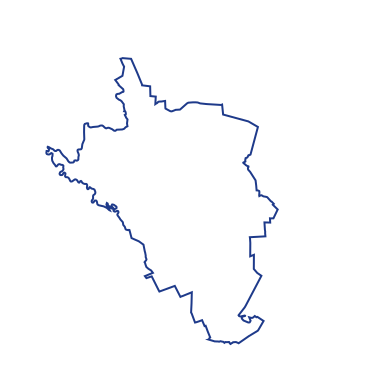 outline of Ciacova, Timis, Romania, rotated 46°
{"feature_id": "2599482B63643580680860", "entity_name": "Ciacova", "entity_type": "district", "adm_level": 2, "iso_a3": "ROU", "parent_name": "Romania", "parent_adm1": "Timis", "projection": "natural_earth1", "projection_center": [21.088, 45.537], "detail": "fine", "context": "isolated", "style": "outline", "palette": "blue", "viewbox_px": 384, "rotation_deg": 46, "n_neighbors": 0, "source": "geoboundaries", "source_scale": "gbopen_adm2", "svg_char_len": 5920}
<svg xmlns="http://www.w3.org/2000/svg" viewBox="0 0 384 384"><g transform="rotate(46 192 192)"><path d="M279.1,276.6L288.0,280.5L288.6,279.5L289.9,276.8L291.2,273.8L297.2,276.1L297.7,275.1L303.1,277.5L309.1,279.9L309.3,280.0L309.2,280.8L309.7,282.4L309.6,282.6L315.3,279.4L317.6,277.1L318.5,276.5L319.1,275.2L320.2,274.5L321.8,273.4L323.0,273.5L323.3,272.0L324.2,271.3L325.5,269.7L325.8,269.5L326.9,269.9L328.1,269.9L328.2,269.6L328.1,268.9L328.6,267.7L328.6,266.8L330.5,264.6L332.6,263.7L332.9,263.4L333.2,263.4L335.2,251.1L337.5,241.0L337.2,239.6L334.5,230.1L327.3,231.7L326.8,232.7L325.8,232.8L324.8,233.0L324.8,234.7L324.6,235.6L324.4,236.1L323.6,236.9L321.9,237.9L325.3,239.3L325.8,240.8L325.8,241.2L324.9,242.2L320.2,244.2L317.7,244.1L316.9,243.2L316.7,242.5L317.0,241.8L318.0,240.0L317.9,239.8L317.5,239.9L315.2,243.7L313.9,244.3L313.0,244.1L311.6,234.2L311.0,232.1L300.5,200.3L295.5,201.3L290.3,201.0L280.2,191.1L278.7,194.8L269.1,185.4L265.8,182.6L264.7,181.8L274.9,170.0L272.3,167.9L271.5,167.0L269.7,165.7L264.2,161.0L268.3,157.0L265.1,154.2L265.7,153.7L267.5,151.7L264.1,142.5L257.3,142.7L257.3,141.4L254.3,141.4L253.5,141.7L248.2,141.5L247.7,141.6L246.6,142.3L244.7,143.7L242.7,144.2L242.1,145.0L241.7,146.4L241.2,146.1L238.8,143.5L238.0,143.0L237.4,143.2L236.4,143.7L235.7,144.4L231.9,141.3L227.8,138.2L217.9,136.2L215.1,136.1L214.4,135.8L213.6,135.1L213.4,134.9L213.2,133.9L212.7,133.6L211.6,134.2L210.0,134.6L209.1,134.6L206.9,134.9L206.5,134.7L206.5,134.4L207.2,132.6L207.1,132.3L206.0,131.6L205.5,130.6L204.9,130.1L204.9,129.8L205.5,128.6L205.5,128.2L205.4,127.4L204.8,126.1L204.8,125.7L205.3,125.3L205.7,123.9L191.0,99.4L180.4,102.4L157.9,115.8L150.0,109.6L149.6,110.6L138.9,120.4L133.9,124.6L131.6,125.7L129.9,127.2L128.1,129.1L125.2,132.6L124.8,134.0L124.4,143.2L124.3,143.5L121.6,146.6L120.1,150.2L119.6,150.9L118.7,151.5L113.6,153.1L113.1,152.8L107.8,148.1L105.4,151.5L105.0,151.8L103.9,153.2L103.7,154.0L103.8,155.0L103.7,155.6L103.4,156.6L103.3,157.3L98.2,151.8L94.1,155.3L86.9,148.7L80.6,153.8L80.0,153.3L68.7,148.8L53.9,143.3L47.4,149.0L47.1,150.0L46.5,150.9L51.3,152.8L54.7,153.8L60.1,161.3L58.1,169.4L63.1,170.0L64.3,170.3L64.3,170.5L64.8,170.5L70.2,170.1L71.0,170.5L72.1,171.4L72.2,171.7L72.1,172.1L71.6,172.8L70.8,176.1L70.0,177.0L69.3,178.4L69.5,179.1L70.3,180.1L71.7,180.8L72.1,180.8L74.9,180.4L76.3,179.8L77.7,179.6L81.5,180.1L82.9,181.6L86.4,183.8L86.7,184.5L87.1,184.0L87.5,184.0L88.2,184.2L89.5,185.0L90.2,185.8L90.2,186.2L89.9,186.8L90.1,186.9L92.0,187.4L92.5,187.7L95.0,188.0L97.5,191.1L99.9,192.8L99.5,193.9L99.3,195.1L99.4,196.7L99.2,197.4L98.5,198.8L95.5,202.2L94.9,202.9L94.8,204.4L94.5,204.9L93.6,205.5L91.5,205.8L88.4,207.0L87.6,207.6L87.1,208.4L86.7,209.4L86.3,209.7L85.2,210.0L82.8,210.1L81.8,210.4L81.0,211.2L80.4,212.1L80.0,213.4L79.5,214.3L76.5,218.0L75.3,219.9L74.6,220.4L72.7,220.8L71.9,220.4L70.7,219.2L70.4,219.1L69.6,219.8L68.6,221.8L68.8,222.7L69.5,223.6L73.9,228.0L79.2,232.8L79.7,233.5L80.2,234.8L81.4,237.6L83.9,240.8L84.2,241.7L84.2,242.0L84.0,242.4L82.5,244.2L82.3,244.9L82.6,245.5L83.5,246.2L85.6,247.0L86.9,247.8L88.0,249.5L89.6,251.1L89.8,251.7L89.7,252.6L89.2,253.3L88.3,253.8L87.8,254.6L87.7,254.8L88.2,255.8L88.3,256.2L88.2,257.0L86.5,259.0L85.8,259.5L85.0,259.6L83.8,259.6L82.6,259.3L80.7,258.9L76.4,259.3L73.4,259.0L70.4,258.3L69.2,258.6L68.5,259.2L68.2,259.9L68.1,261.2L67.4,262.0L66.7,262.2L65.2,262.2L64.6,262.3L62.7,263.2L60.6,263.7L59.3,264.3L59.4,264.7L60.2,265.1L60.7,265.0L61.9,265.2L62.1,265.4L62.6,266.0L63.0,267.0L62.4,267.3L61.5,268.1L62.5,269.4L63.0,269.8L63.6,270.0L64.0,270.0L65.1,269.4L65.6,268.9L66.0,268.2L66.2,266.2L67.5,265.7L67.8,265.9L69.2,267.4L69.8,268.6L70.3,269.1L70.9,269.7L72.4,270.8L75.2,271.6L77.2,271.7L78.9,272.1L79.2,272.0L79.5,271.5L79.3,269.3L79.4,268.8L79.8,268.1L80.4,267.7L81.6,267.2L82.5,266.4L83.1,266.2L83.6,266.2L84.0,266.5L84.9,267.6L86.2,268.5L86.5,268.9L86.8,270.3L86.8,270.9L86.3,272.3L86.2,273.3L86.9,274.6L87.5,274.9L88.3,274.9L88.9,274.4L89.5,273.7L89.6,273.3L89.6,272.7L89.2,271.8L89.1,271.2L89.3,270.4L89.7,270.2L90.6,270.1L90.9,270.3L92.3,272.2L92.8,272.5L93.7,272.4L94.9,271.3L95.9,271.0L97.0,271.1L99.5,271.9L100.2,271.9L100.6,271.6L101.1,270.8L101.5,267.8L101.8,267.2L102.6,266.7L103.7,266.5L106.1,267.0L106.5,266.9L106.9,266.6L106.9,266.4L106.9,266.0L106.6,264.8L106.9,264.2L107.5,264.1L109.0,264.5L110.3,264.3L111.5,263.7L112.7,262.5L113.1,262.3L114.0,262.5L114.6,263.0L115.8,264.5L116.7,265.0L117.3,265.1L117.7,264.9L117.9,264.4L117.9,264.0L117.4,262.7L117.5,262.2L118.1,262.0L119.7,261.9L121.4,260.8L122.5,260.5L124.3,261.2L125.5,262.1L125.9,263.1L126.0,263.7L125.8,264.7L125.8,265.2L126.2,266.0L127.8,267.5L128.2,268.1L128.4,269.4L128.7,270.3L129.2,270.8L130.1,271.1L130.7,270.8L131.0,270.3L131.0,269.8L130.6,268.0L131.4,267.0L132.1,266.9L133.0,267.2L135.0,268.5L135.6,268.6L136.9,268.2L141.0,265.5L144.3,264.3L147.6,264.1L148.1,263.9L145.8,263.2L143.5,263.0L142.2,262.6L141.4,262.1L140.8,260.9L141.7,260.7L143.0,261.5L144.1,261.7L145.8,261.1L146.6,261.5L147.3,261.5L148.9,260.8L149.7,260.3L149.7,260.0L149.3,259.8L146.0,259.7L145.5,258.2L145.9,257.7L147.0,257.1L149.6,256.6L150.4,256.7L151.1,257.4L151.1,258.0L150.6,259.5L150.6,260.7L150.8,261.3L151.0,261.5L151.8,261.5L152.6,261.1L153.0,260.5L153.3,259.6L153.7,258.8L154.1,258.5L154.8,258.5L155.7,259.2L156.1,260.8L156.4,261.4L157.2,261.8L159.8,262.1L162.1,262.6L165.4,262.7L166.1,263.0L167.9,264.3L170.3,264.5L172.6,265.6L173.1,265.6L173.6,265.4L175.0,264.5L175.3,264.1L175.4,263.7L175.9,263.4L183.0,267.4L183.2,267.5L190.5,264.5L196.2,263.5L201.9,267.2L202.9,267.7L205.5,269.4L206.6,270.5L208.8,271.5L209.2,272.3L209.5,274.8L209.9,274.8L212.0,275.9L214.2,276.9L216.9,276.7L220.1,275.9L223.0,276.3L219.8,284.3L222.3,284.6L224.7,279.6L240.4,284.5L240.7,284.5L240.8,284.4L241.0,284.5L247.6,269.6L259.4,273.2L259.8,272.0L260.2,271.3L264.0,261.8L271.6,269.5L278.1,276.4L279.1,276.6Z" fill="none" stroke="#1e3a8a" stroke-width="2"/></g></svg>